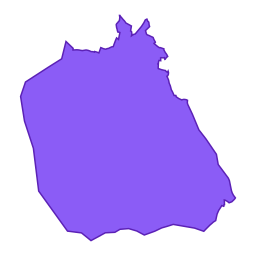 the district of Ilorin West, Kwara, Nigeria
{"feature_id": "59680162B83241100924072", "entity_name": "Ilorin West", "entity_type": "district", "adm_level": 2, "iso_a3": "NGA", "parent_name": "Nigeria", "parent_adm1": "Kwara", "projection": "equal_earth", "projection_center": [4.537, 8.465], "detail": "fine", "context": "isolated", "style": "filled", "palette": "violet", "viewbox_px": 256, "rotation_deg": 0, "n_neighbors": 0, "source": "geoboundaries", "source_scale": "gbopen_adm2", "svg_char_len": 2727}
<svg xmlns="http://www.w3.org/2000/svg" viewBox="0 0 256 256"><path d="M146.9,19.1L145.3,19.9L143.9,22.7L141.5,26.4L135.2,34.0L133.6,34.4L131.5,35.8L131.9,33.8L131.5,31.5L130.6,31.0L131.4,26.0L126.7,23.4L126.1,23.2L124.6,21.1L123.7,20.1L123.1,19.5L121.9,18.0L120.5,16.4L119.9,15.4L119.5,15.4L119.8,17.5L119.6,19.0L119.4,20.5L118.9,21.3L118.5,21.4L118.0,22.3L117.4,23.0L116.9,23.4L116.6,23.8L116.2,24.7L116.6,27.6L117.2,29.6L117.4,30.8L117.9,32.1L119.0,32.2L119.9,32.5L118.5,39.4L116.6,37.9L115.7,39.9L114.8,42.3L113.8,45.0L113.3,46.6L112.5,46.7L111.6,46.9L109.9,47.7L108.5,48.4L107.2,48.6L105.7,49.2L103.5,48.7L100.8,47.6L98.9,52.9L96.8,52.1L94.6,51.5L94.4,52.1L93.0,51.7L91.7,51.6L91.1,51.6L89.9,51.0L88.2,50.4L86.8,50.1L86.0,50.0L82.4,50.6L80.4,50.3L79.1,50.0L76.9,49.8L73.0,50.0L73.1,48.3L66.0,41.5L61.7,58.8L48.2,67.3L25.5,82.0L20.6,96.5L24.5,121.1L33.4,148.3L38.7,191.1L67.5,231.1L81.5,232.9L91.0,240.6L105.3,232.8L114.9,232.3L120.0,229.3L128.7,228.6L136.8,231.0L144.3,235.0L154.8,231.2L161.7,227.9L167.6,226.2L173.2,224.4L194.6,228.1L203.8,231.3L206.5,228.5L208.0,227.0L210.0,225.0L212.0,223.3L213.2,222.2L213.5,222.0L213.9,221.7L215.7,220.6L216.3,217.7L217.1,214.1L218.7,210.4L221.1,206.7L221.7,205.6L222.4,205.8L223.6,206.3L223.9,206.1L223.8,205.0L224.5,204.7L224.3,200.0L225.2,200.2L226.6,201.0L227.4,201.4L228.7,202.5L229.1,202.8L231.8,201.8L233.7,200.0L234.8,198.8L235.4,197.9L233.4,195.2L232.2,192.9L231.4,190.5L229.4,180.6L228.3,178.1L218.2,164.5L216.4,154.3L205.9,138.9L198.9,129.9L192.5,114.5L191.1,111.5L187.7,104.3L187.3,102.7L187.5,100.3L186.3,99.7L184.5,99.4L183.4,99.4L181.7,99.9L178.7,98.5L176.2,96.8L175.9,95.5L175.2,95.4L174.4,95.5L174.1,95.5L174.0,95.3L173.6,94.4L173.2,93.4L172.6,92.1L172.3,91.5L172.1,91.1L171.3,89.7L170.8,87.7L170.3,85.8L169.2,83.2L168.6,80.2L168.3,79.4L166.9,76.2L167.9,75.6L168.0,75.1L168.4,74.2L168.5,72.5L168.1,71.1L167.5,72.3L166.2,71.5L165.4,70.5L164.2,70.3L161.6,69.7L159.0,68.8L158.3,68.6L158.2,67.6L158.2,66.6L158.3,65.8L158.3,64.9L158.3,64.6L158.3,64.2L158.2,64.2L157.9,64.1L157.9,63.8L158.4,63.7L158.4,63.2L158.5,62.7L158.4,62.4L158.7,61.2L159.1,60.4L160.7,60.7L160.7,60.2L160.7,59.4L160.6,58.5L160.6,57.9L161.3,57.8L161.3,57.7L162.3,57.8L163.4,57.8L164.3,57.6L164.7,59.1L164.9,59.4L165.3,59.1L166.0,58.0L167.1,56.9L167.7,56.5L167.6,56.2L167.2,55.5L166.8,54.6L165.9,53.3L165.3,52.6L164.7,51.4L164.0,50.2L163.8,48.7L163.0,48.6L162.1,48.2L160.2,47.6L159.5,47.7L159.2,47.6L157.6,46.5L156.2,45.3L154.4,43.9L154.0,43.3L155.2,42.6L155.4,42.2L153.9,39.5L153.2,37.6L152.6,37.1L151.7,36.8L150.1,36.0L148.6,35.3L147.3,34.9L146.4,33.9L146.1,32.7L145.5,30.6L149.6,26.6L149.1,24.8L148.9,22.8L148.6,21.9L147.8,21.3L146.9,19.1Z" fill="#8b5cf6" stroke="#5b21b6" stroke-width="1.5"/></svg>